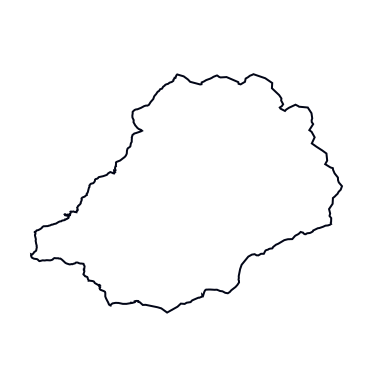 the district of Poienile De Sub Munte, Maramures, Romania, rotated 12°
{"feature_id": "2599482B77495367357809", "entity_name": "Poienile De Sub Munte", "entity_type": "district", "adm_level": 2, "iso_a3": "ROU", "parent_name": "Romania", "parent_adm1": "Maramures", "projection": "natural_earth1", "projection_center": [24.455, 47.867], "detail": "fine", "context": "isolated", "style": "outline", "palette": "ink", "viewbox_px": 384, "rotation_deg": 12, "n_neighbors": 0, "source": "geoboundaries", "source_scale": "gbopen_adm2", "svg_char_len": 5915}
<svg xmlns="http://www.w3.org/2000/svg" viewBox="0 0 384 384"><g transform="rotate(12 192 192)"><path d="M62.2,289.6L64.0,288.9L67.3,288.4L68.1,288.1L69.6,287.2L70.5,285.8L71.3,285.2L72.7,285.1L74.9,284.6L75.8,284.8L77.2,284.5L79.0,285.3L83.0,287.7L84.3,288.0L87.2,288.3L88.5,287.9L88.9,287.6L90.0,287.5L91.2,286.7L92.2,286.3L93.1,285.2L94.0,284.9L95.0,284.8L96.0,285.1L97.6,285.2L98.4,285.0L100.8,284.8L101.2,285.7L101.8,286.1L102.4,287.1L102.6,289.9L102.3,290.0L102.4,290.3L102.3,290.7L103.2,291.7L103.1,294.1L102.9,294.7L102.9,295.1L103.1,295.3L104.7,296.3L104.9,296.6L107.1,296.9L107.5,297.2L108.3,298.8L109.1,299.6L109.3,300.3L110.3,300.0L113.0,299.8L114.4,299.9L114.9,300.2L115.8,301.2L116.9,301.6L119.7,302.5L120.1,302.5L120.5,302.1L120.8,302.1L121.3,302.4L120.6,303.1L120.6,303.3L121.2,303.8L122.0,304.1L122.0,304.4L121.6,304.9L121.6,305.3L121.7,305.6L122.1,306.0L122.2,306.3L122.9,306.7L126.5,307.3L127.6,307.7L128.2,308.8L128.9,312.2L130.0,313.9L132.6,317.1L132.9,317.3L133.5,318.4L133.9,318.7L134.1,319.3L135.8,320.0L136.0,320.0L136.0,319.3L136.3,318.8L137.4,317.5L140.1,316.4L143.0,315.8L147.6,315.8L151.0,315.1L155.3,313.4L154.6,312.6L155.9,313.1L156.5,313.0L158.9,311.7L159.1,311.5L159.0,311.3L158.7,310.8L159.0,310.6L160.2,310.1L162.1,309.8L162.5,310.1L162.5,310.7L163.9,310.7L167.3,312.7L170.1,312.0L182.3,311.9L186.2,312.2L192.7,315.1L201.7,307.2L204.3,303.5L208.1,303.0L209.8,301.4L213.5,300.0L214.6,298.1L215.9,297.1L220.3,294.0L220.9,294.0L223.7,292.2L223.8,291.9L223.4,290.5L224.4,291.2L224.8,287.2L225.2,285.6L226.0,284.6L229.6,283.7L234.2,283.0L236.8,282.4L240.0,283.0L242.5,282.8L245.5,283.7L248.1,283.6L249.7,282.0L250.9,279.9L254.3,275.9L255.7,273.5L256.8,270.7L256.4,269.1L255.9,268.4L255.7,267.8L255.7,266.5L255.2,264.6L255.1,257.4L255.3,255.9L255.7,252.8L260.5,243.5L263.6,240.8L266.2,239.8L268.3,240.5L270.1,240.2L272.4,238.1L275.1,237.5L275.8,234.8L276.1,234.0L276.7,233.4L278.3,232.6L278.9,231.9L280.1,231.2L282.2,230.5L282.4,230.2L282.8,228.9L285.1,226.1L287.1,224.7L292.3,219.9L295.5,218.3L299.9,217.2L301.7,213.9L302.3,213.1L304.3,211.5L305.2,210.6L306.6,208.5L309.2,208.7L309.5,209.1L309.9,209.4L311.0,209.8L312.1,209.6L312.6,208.9L313.6,208.3L315.8,207.6L316.9,206.8L318.2,205.6L318.5,205.1L318.5,204.5L322.6,201.3L324.2,200.7L327.5,198.7L329.5,197.2L332.0,196.4L333.8,195.3L334.7,194.4L334.4,194.1L334.1,192.8L334.3,192.5L333.6,188.6L331.5,186.8L331.6,184.3L329.6,180.2L332.0,174.3L331.1,168.6L332.7,166.6L333.4,165.4L334.7,163.6L335.4,161.3L337.0,158.8L337.5,155.1L333.6,152.1L332.4,150.1L331.7,147.5L327.6,144.1L325.4,141.0L324.8,139.4L322.4,139.2L316.5,137.1L317.7,133.2L315.5,126.4L310.8,124.3L304.5,121.9L299.1,119.6L300.6,113.0L296.5,108.3L293.9,107.1L296.4,100.4L294.6,98.7L294.1,96.9L294.3,95.0L292.5,90.1L287.7,85.3L279.0,86.3L277.8,85.8L275.1,85.1L269.4,89.4L267.0,91.8L266.1,93.4L261.3,92.1L260.3,91.1L262.0,89.4L262.9,87.2L260.2,84.0L260.0,81.9L257.1,79.1L248.6,73.9L247.8,68.7L240.0,65.5L227.6,64.0L226.5,64.9L224.4,66.3L223.0,68.0L220.9,69.9L220.9,73.2L217.2,76.6L215.1,76.5L214.4,74.9L201.9,72.4L196.1,74.0L194.6,73.8L192.5,72.8L192.0,72.9L189.0,74.9L187.8,76.1L186.3,77.3L182.6,79.6L180.7,81.4L178.7,82.8L178.9,84.6L177.6,85.1L167.3,84.6L164.5,82.7L159.8,80.6L153.1,80.1L152.4,81.3L152.3,82.7L151.9,83.3L152.1,83.8L151.5,84.3L151.3,84.0L151.2,84.0L151.1,84.9L150.9,85.2L150.5,86.0L150.7,86.8L150.6,87.2L149.3,88.6L147.2,89.8L146.8,90.4L146.2,91.1L144.4,92.1L143.6,92.7L143.1,93.7L141.9,95.0L141.2,97.1L139.4,98.2L139.1,99.2L138.6,100.2L138.0,100.8L137.6,101.0L136.5,103.8L135.5,105.5L135.1,106.5L134.8,109.1L132.9,112.5L131.7,115.7L130.6,116.7L129.1,117.0L127.4,117.9L124.6,120.3L121.3,122.5L120.2,122.8L118.8,123.7L117.4,125.7L117.3,126.2L117.6,127.2L117.8,129.9L118.3,131.6L120.0,133.8L120.0,134.3L120.2,134.7L120.2,135.5L120.3,135.9L122.7,138.7L123.7,139.4L125.0,140.5L126.7,141.4L129.4,141.9L130.4,142.5L129.3,143.4L125.1,145.9L123.4,146.8L123.1,147.1L122.8,147.8L122.2,148.2L121.9,148.7L121.9,150.0L121.7,151.1L122.0,151.6L122.1,152.8L122.6,155.5L122.1,157.1L122.2,160.2L121.7,161.0L120.3,162.4L119.9,163.2L119.8,165.2L120.2,167.7L120.1,168.7L119.7,170.2L119.0,171.6L115.2,176.1L111.9,178.3L111.6,178.7L111.5,179.1L111.9,180.4L111.9,181.5L112.3,182.5L111.8,182.9L111.7,184.8L112.7,186.6L112.7,186.9L112.1,187.3L111.3,187.2L111.7,188.5L112.5,188.8L112.0,189.5L112.0,190.0L111.1,190.1L109.6,189.7L107.9,189.5L106.2,191.1L105.7,191.9L105.5,192.5L104.9,193.1L101.8,195.0L97.8,196.8L97.4,197.3L97.1,198.1L96.3,198.8L95.2,199.3L94.6,200.0L94.7,201.4L94.4,202.5L93.7,203.7L93.4,204.0L91.5,204.9L90.9,205.6L90.6,206.5L90.3,206.9L90.7,208.3L90.3,209.2L90.1,213.9L89.9,214.7L89.4,215.5L89.8,216.8L89.0,217.4L88.0,218.8L85.9,220.2L85.3,221.2L85.4,221.4L85.4,221.8L85.7,222.1L85.8,222.7L85.5,224.8L85.3,225.2L85.5,226.2L85.0,227.4L84.0,228.6L83.8,229.2L83.4,229.5L83.3,230.3L82.9,231.2L83.3,231.8L84.0,233.2L84.0,233.4L83.4,233.8L83.6,234.4L83.1,234.9L83.2,235.8L81.3,235.9L80.0,235.7L79.3,236.1L77.5,236.3L77.3,236.5L77.7,236.9L77.6,238.0L76.9,238.9L77.1,239.3L77.5,239.5L77.5,239.9L74.8,240.0L74.7,240.1L75.0,240.4L74.7,240.6L73.2,240.4L72.4,240.1L72.2,240.3L73.0,240.7L72.9,241.1L76.5,241.2L76.4,242.0L76.6,242.1L76.3,242.6L76.4,243.2L76.1,243.3L75.7,244.0L74.9,244.4L74.1,245.2L73.7,245.2L73.7,245.5L73.2,246.0L71.3,246.8L70.7,247.1L70.2,247.8L69.0,248.2L67.8,249.0L65.5,251.2L63.7,252.0L62.4,252.9L61.7,253.0L59.8,254.4L58.9,254.7L58.1,255.3L53.9,256.4L53.0,257.3L52.5,258.4L51.5,259.6L49.6,261.2L48.0,261.9L47.6,262.9L46.5,263.7L46.6,264.2L47.3,264.5L47.6,265.5L47.3,266.5L47.5,267.3L48.9,270.2L49.2,271.2L49.2,272.3L49.8,273.6L50.1,274.5L51.3,276.9L51.3,277.5L51.7,278.2L51.7,280.6L51.8,281.0L51.6,282.0L50.0,283.8L49.8,284.6L49.1,285.8L48.3,286.5L47.8,286.4L48.1,287.0L47.8,287.2L47.9,287.4L47.8,287.7L48.4,288.8L49.3,289.6L51.3,290.1L54.2,289.9L55.0,290.1L56.7,291.2L57.3,291.3L60.1,289.9L62.2,289.6Z" fill="none" stroke="#020617" stroke-width="2"/></g></svg>